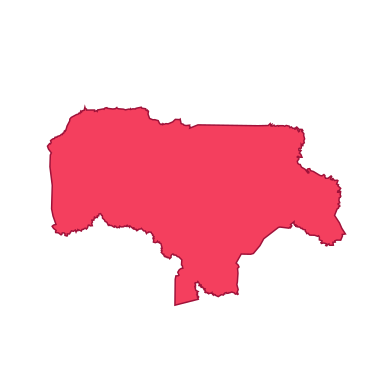 outline of Phayakkhaphum Phisai, Maha Sarakham, Thailand, rotated 164°
{"feature_id": "78962969B19409562021129", "entity_name": "Phayakkhaphum Phisai", "entity_type": "district", "adm_level": 2, "iso_a3": "THA", "parent_name": "Thailand", "parent_adm1": "Maha Sarakham", "projection": "natural_earth1", "projection_center": [103.233, 15.531], "detail": "fine", "context": "isolated", "style": "filled", "palette": "rose", "viewbox_px": 384, "rotation_deg": 164, "n_neighbors": 0, "source": "geoboundaries", "source_scale": "gbopen_adm2", "svg_char_len": 5954}
<svg xmlns="http://www.w3.org/2000/svg" viewBox="0 0 384 384"><g transform="rotate(164 192 192)"><path d="M318.3,275.9L318.1,272.8L316.4,268.4L318.0,266.6L321.6,255.4L324.5,236.9L331.6,214.5L332.2,207.3L331.7,198.3L334.1,198.4L335.9,197.6L335.1,195.1L333.2,192.5L334.2,191.3L334.2,190.6L331.6,189.5L329.7,186.9L328.9,187.1L328.1,188.4L326.4,188.1L325.6,186.9L326.1,185.3L324.3,184.1L323.8,184.4L323.4,186.1L321.3,185.5L318.6,187.9L316.8,186.9L314.7,187.6L314.5,185.5L313.7,186.5L312.3,186.3L312.1,187.3L309.1,185.0L308.0,186.3L306.5,186.0L305.5,186.6L304.4,186.5L303.8,185.5L302.5,186.2L300.8,188.7L299.6,188.3L299.2,187.5L297.1,187.1L297.1,189.6L296.0,190.5L296.0,192.5L294.1,192.0L292.7,194.7L291.9,193.7L291.0,194.1L290.0,193.6L289.5,195.2L288.3,194.8L287.5,196.5L285.8,196.4L285.4,194.6L284.7,194.1L285.2,191.5L283.8,189.2L283.7,187.7L282.2,186.4L281.6,183.0L280.7,183.3L280.3,182.5L278.8,182.1L276.5,179.6L276.0,179.7L275.7,180.5L274.7,180.0L274.3,178.7L273.7,178.3L272.4,178.4L271.7,177.8L270.9,179.1L269.8,178.0L267.3,177.4L266.5,177.9L264.5,177.0L264.3,177.6L263.5,177.9L263.0,176.5L261.7,176.5L261.7,175.6L260.9,176.3L258.7,173.0L258.2,173.8L257.7,173.6L257.8,172.3L256.2,171.5L256.0,170.5L255.5,171.0L255.0,170.1L253.4,170.9L251.4,170.6L250.7,171.0L249.2,168.0L247.6,167.3L247.2,164.6L246.3,165.3L245.6,165.0L244.7,165.5L242.4,164.6L242.2,163.2L241.4,162.0L241.8,161.4L240.9,159.5L241.8,158.9L241.3,158.1L242.3,157.9L242.0,156.5L242.9,154.5L241.2,153.4L239.5,153.5L238.7,154.2L238.3,152.8L237.1,152.8L237.2,151.9L236.1,151.0L236.2,146.3L237.0,146.3L236.7,145.6L237.6,144.3L237.0,143.6L238.2,142.5L236.9,140.0L236.3,139.9L236.5,138.4L235.7,137.1L235.1,137.5L233.9,135.7L233.3,136.0L232.3,135.0L231.9,134.0L230.1,135.0L229.8,136.4L229.1,137.1L227.8,137.7L226.9,137.3L226.9,136.5L224.7,135.6L224.0,134.1L222.5,133.2L220.5,129.6L222.2,124.8L221.6,123.9L221.9,121.2L223.5,121.5L225.6,120.8L227.8,118.8L227.4,115.7L228.3,115.3L230.6,115.8L232.2,112.7L239.6,87.9L215.5,87.2L215.6,88.3L214.9,88.9L215.6,89.6L214.7,89.9L215.6,91.1L215.2,91.9L215.5,92.4L214.7,92.6L214.9,93.9L213.5,94.6L215.4,96.3L215.4,99.4L214.8,99.7L215.3,100.5L214.2,101.4L214.3,103.5L213.8,103.9L212.1,103.4L211.1,104.3L210.1,101.6L211.1,100.2L210.0,99.6L209.9,100.4L208.9,100.3L209.0,99.0L209.6,98.8L209.4,97.8L208.0,97.7L207.3,94.9L206.5,95.6L206.1,95.3L206.8,94.7L206.4,93.5L207.2,92.1L206.4,91.4L205.6,91.6L205.0,90.6L204.5,90.8L204.1,89.6L202.4,89.8L201.3,89.3L200.7,89.7L200.8,89.1L200.2,88.8L200.4,87.9L199.8,88.0L199.6,87.0L199.0,87.4L198.3,86.6L197.9,86.7L197.8,86.1L195.6,84.2L192.1,85.2L190.2,84.3L189.2,85.3L188.6,85.0L188.1,85.9L186.6,85.8L186.5,85.0L185.0,84.7L184.1,85.1L183.7,84.7L181.3,84.9L179.1,83.3L178.5,81.9L177.2,81.9L176.6,81.0L175.9,81.1L175.8,82.1L176.4,82.9L174.5,85.5L174.4,90.7L173.2,92.9L170.2,101.3L169.3,106.0L167.5,107.0L167.8,109.1L169.2,111.5L161.8,118.8L152.7,116.0L149.9,116.0L141.5,121.7L135.9,127.3L118.8,134.1L117.2,134.1L108.7,130.5L107.4,131.3L107.1,130.5L105.4,131.9L106.2,133.6L102.1,135.3L102.8,133.3L102.4,131.8L101.3,131.8L101.7,130.5L100.4,130.4L100.6,129.6L98.1,128.6L97.1,126.8L96.0,126.6L95.6,125.4L93.5,124.4L93.9,122.8L93.2,121.7L93.2,120.4L91.8,120.3L90.8,118.2L90.1,117.9L86.0,116.6L83.5,114.8L82.4,115.0L82.0,113.5L82.8,110.9L80.5,109.2L81.0,108.1L82.0,107.8L81.8,106.9L79.3,106.6L77.4,105.4L77.0,105.1L78.2,103.7L77.3,103.1L76.3,104.0L74.6,104.4L74.6,103.0L74.2,102.8L70.8,101.9L70.4,104.8L68.1,104.4L68.1,105.7L66.2,105.9L62.3,104.7L59.5,108.2L59.3,109.8L56.1,109.4L58.0,115.8L58.8,121.7L61.4,130.2L57.2,135.7L55.7,136.1L55.2,137.2L53.9,137.5L53.7,138.6L54.9,139.5L54.8,140.4L52.9,140.9L53.1,143.4L52.0,145.9L51.0,146.0L50.1,147.0L50.3,148.5L49.0,151.5L50.2,152.4L50.2,151.5L50.8,151.2L52.1,151.6L51.7,152.7L49.9,153.0L48.1,154.5L50.0,157.7L49.2,158.6L50.8,159.8L48.6,162.7L49.1,163.3L51.9,163.8L52.8,166.1L53.2,166.2L53.8,165.0L55.0,165.7L55.3,166.3L53.5,168.4L53.9,169.1L57.4,167.7L59.8,168.4L60.1,170.1L59.7,171.1L60.4,172.4L62.7,171.7L64.4,172.6L69.7,178.3L72.1,179.8L72.4,182.0L74.2,182.3L75.2,181.8L75.4,181.2L74.1,178.9L74.5,178.2L75.3,178.3L77.1,182.8L79.9,185.7L80.4,188.6L81.5,189.1L82.4,190.3L82.3,192.6L80.1,194.3L80.0,195.5L81.2,196.3L81.0,197.0L80.2,197.1L79.0,195.8L76.7,195.1L77.0,198.2L78.1,199.8L75.9,201.7L77.8,202.4L77.5,204.1L76.8,204.5L75.8,203.5L74.8,204.2L73.9,207.6L73.4,206.2L72.7,206.0L72.0,207.8L70.5,208.3L70.4,210.4L69.1,212.0L69.1,215.4L68.4,217.3L69.8,220.2L69.6,220.6L68.6,220.5L68.9,221.8L71.3,222.6L72.0,220.8L72.8,220.5L73.3,222.2L72.4,223.8L73.4,225.6L74.4,225.3L74.3,224.1L75.8,224.1L76.0,225.1L77.6,225.4L78.6,227.2L80.1,226.9L80.4,228.5L83.1,230.0L84.8,229.6L85.8,230.5L89.6,231.6L90.6,231.4L91.0,232.2L94.0,232.3L94.7,233.7L96.1,233.2L97.6,233.6L96.7,234.9L98.0,234.6L98.0,236.2L100.4,234.9L110.3,237.5L167.8,254.9L176.6,254.0L175.9,255.2L176.3,255.9L175.8,256.9L179.3,257.5L181.2,258.4L181.6,259.4L183.6,260.8L183.3,265.3L183.9,265.0L188.0,266.4L191.2,264.7L196.2,264.1L198.2,264.9L200.4,264.8L201.1,265.7L201.7,264.9L202.4,265.6L203.2,265.4L204.3,266.8L204.8,269.9L207.7,271.7L209.8,272.3L212.5,274.4L212.8,279.0L211.6,281.6L212.4,283.0L212.8,282.6L213.6,283.2L213.6,284.8L217.1,286.4L217.4,287.5L222.8,287.9L223.3,287.4L226.1,288.3L227.9,288.2L228.1,289.0L228.8,288.5L229.8,289.1L233.3,289.3L235.2,290.6L239.8,292.3L240.9,293.2L241.0,293.9L242.8,293.2L245.2,293.6L250.4,295.8L250.5,296.5L251.0,296.6L252.5,296.7L253.8,295.8L254.2,296.3L260.1,296.9L260.9,295.6L261.4,296.4L263.5,296.4L263.1,297.7L270.8,299.8L270.6,300.7L271.6,302.0L271.6,303.0L273.1,300.3L275.3,300.3L276.1,299.3L276.6,300.4L278.1,298.4L278.8,299.0L280.3,298.1L281.5,298.3L287.5,297.0L289.3,295.8L290.0,294.0L293.9,289.9L296.2,286.2L297.0,286.1L297.2,285.3L297.9,285.7L299.2,283.9L299.9,284.1L300.8,283.0L301.6,283.5L303.1,282.6L306.3,282.5L306.8,281.9L308.5,282.4L309.5,281.3L311.2,281.4L313.8,280.4L313.7,278.5L314.8,277.3L315.5,277.8L318.3,275.9Z" fill="#f43f5e" stroke="#9f1239" stroke-width="1.5"/></g></svg>